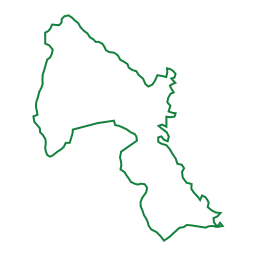 outline of Novo Horizonte, Santa Catarina, Brazil
{"feature_id": "56859067B82387825631279", "entity_name": "Novo Horizonte", "entity_type": "district", "adm_level": 2, "iso_a3": "BRA", "parent_name": "Brazil", "parent_adm1": "Santa Catarina", "projection": "natural_earth1", "projection_center": [-52.783, -26.5], "detail": "fine", "context": "isolated", "style": "outline", "palette": "green", "viewbox_px": 256, "rotation_deg": 0, "n_neighbors": 0, "source": "geoboundaries", "source_scale": "gbopen_adm2", "svg_char_len": 2330}
<svg xmlns="http://www.w3.org/2000/svg" viewBox="0 0 256 256"><path d="M217.2,226.7L214.0,222.4L213.5,218.1L217.3,216.5L220.5,213.0L215.5,212.4L211.7,210.4L207.7,207.1L208.7,202.8L207.3,199.8L205.3,197.1L202.1,195.5L200.1,200.0L197.6,196.5L193.8,192.5L191.3,188.8L191.6,184.0L186.5,182.7L182.8,177.7L182.0,172.0L184.1,168.2L181.7,164.7L177.4,163.8L175.7,158.6L172.2,153.4L169.6,148.9L166.4,145.2L161.4,143.7L158.3,141.9L158.2,137.4L161.3,136.4L164.0,139.8L167.7,141.3L168.8,136.4L166.7,132.2L161.9,128.7L158.6,125.9L162.0,124.6L166.4,126.7L166.4,120.9L166.4,116.7L170.3,117.2L174.5,116.6L175.6,113.2L172.7,112.9L168.6,111.5L170.4,105.8L167.3,102.3L168.2,97.9L170.6,93.7L173.7,92.4L171.5,89.0L169.9,85.6L172.5,84.0L175.3,82.8L171.3,78.5L174.4,77.6L175.6,73.9L173.3,71.1L170.7,69.3L167.1,68.3L167.3,72.5L166.2,77.0L162.5,76.1L157.4,75.2L155.1,80.4L152.5,84.5L148.3,86.5L145.4,84.1L143.1,78.7L138.8,75.1L136.3,71.2L132.3,70.0L128.7,67.6L127.5,64.1L124.7,62.2L120.3,59.8L117.8,55.3L114.1,52.7L109.3,52.1L105.9,50.2L104.6,47.1L102.4,43.8L98.8,41.9L95.6,41.9L93.6,39.5L89.9,37.3L87.4,33.4L83.6,30.6L80.3,26.9L78.2,23.0L75.2,20.8L72.2,17.8L68.6,15.4L64.5,16.2L61.8,18.9L61.5,22.6L59.1,25.2L52.0,24.6L50.5,28.4L48.3,31.0L45.2,32.7L45.2,43.6L49.2,45.3L52.7,49.7L51.9,53.6L50.1,57.5L47.2,59.6L44.1,70.4L42.7,74.8L42.4,80.0L42.7,83.7L41.4,87.8L39.2,91.9L38.1,96.7L36.3,101.9L35.9,106.2L36.7,110.4L37.5,114.7L33.4,116.4L34.4,122.0L37.5,125.4L39.8,128.3L40.1,132.2L43.1,135.3L45.5,139.3L45.8,143.7L45.2,147.6L45.7,151.1L47.2,154.9L50.0,156.7L52.8,155.4L55.6,153.1L58.0,151.3L60.6,149.7L63.8,146.9L65.7,142.9L69.7,142.8L71.3,137.6L72.6,133.1L72.8,129.6L97.6,123.1L113.9,120.7L115.2,125.1L118.4,125.7L121.5,126.9L126.6,129.3L130.9,132.4L134.5,133.9L136.4,136.5L136.9,140.7L121.1,151.7L120.0,157.4L121.1,162.0L121.3,165.4L120.5,169.5L124.6,172.1L126.3,175.1L128.4,178.0L130.9,181.9L134.9,183.8L138.0,184.6L140.8,183.7L144.7,184.2L147.1,187.7L146.2,192.2L142.2,197.9L140.5,202.1L140.8,206.8L142.3,210.0L144.0,215.2L146.3,218.8L147.7,222.0L148.6,225.6L151.2,229.4L156.5,232.1L160.8,236.4L163.9,240.6L167.4,238.4L170.3,236.2L173.6,233.0L176.1,230.8L179.4,227.8L183.8,227.1L186.7,225.0L191.3,225.4L205.6,227.6L209.0,226.2L212.6,226.0L217.2,226.7ZM217.2,226.7L222.6,226.0L220.1,222.8L217.2,226.7Z" fill="none" stroke="#15803d" stroke-width="2"/></svg>